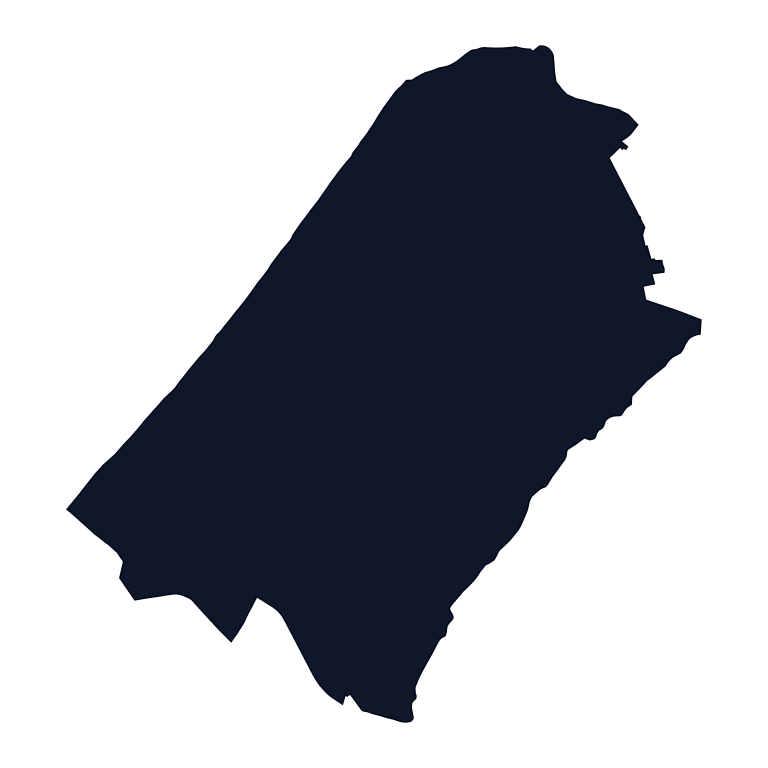 the district of Deir Al Balah, Gaza Strip, Palestine
{"feature_id": "87354302B22339434669936", "entity_name": "Deir Al Balah", "entity_type": "district", "adm_level": 2, "iso_a3": "PSE", "parent_name": "Palestine", "parent_adm1": "Gaza Strip", "projection": "equal_earth", "projection_center": [34.378, 31.42], "detail": "fine", "context": "isolated", "style": "filled", "palette": "ink", "viewbox_px": 768, "rotation_deg": 0, "n_neighbors": 0, "source": "geoboundaries", "source_scale": "gbopen_adm2", "svg_char_len": 6005}
<svg xmlns="http://www.w3.org/2000/svg" viewBox="0 0 768 768"><path d="M406.3,80.6L405.1,82.1L401.5,86.2L398.6,88.7L395.5,92.0L393.0,95.3L389.3,100.5L384.3,107.2L378.0,116.9L373.8,124.0L367.6,133.2L364.5,137.4L361.0,141.9L358.6,145.9L355.1,150.3L353.0,153.2L351.7,156.5L347.0,161.9L340.8,169.4L331.3,182.2L318.9,200.1L311.0,210.3L305.7,217.5L301.1,223.4L293.0,235.2L291.5,239.0L287.8,243.6L281.5,251.0L275.8,258.7L271.2,264.9L268.5,269.5L263.2,276.6L258.2,282.8L253.1,289.9L248.9,295.9L244.2,302.1L239.8,307.5L238.8,308.9L238.2,309.4L237.4,310.4L230.4,319.3L223.7,327.6L220.3,332.0L217.4,334.7L215.8,336.8L213.9,340.5L211.9,343.2L206.1,350.5L204.8,352.0L199.9,357.2L189.7,369.4L184.6,376.0L183.9,376.8L179.7,382.0L175.4,388.1L171.4,392.2L167.6,395.7L163.9,399.2L160.4,403.4L153.6,410.9L145.0,420.6L138.1,429.1L130.7,437.6L124.0,444.5L115.7,454.1L103.0,465.6L95.7,473.7L88.2,483.1L79.5,494.3L71.0,504.6L67.1,509.4L68.8,510.7L73.1,514.3L93.4,532.5L94.5,533.6L101.7,539.1L105.1,541.9L108.5,544.3L117.4,552.3L123.7,561.6L119.9,577.9L134.6,599.5L134.7,599.8L138.1,599.3L145.5,598.0L157.2,596.3L165.6,594.9L172.9,593.9L173.9,593.8L174.8,593.7L175.8,593.7L176.7,593.8L177.7,593.9L178.6,594.0L179.6,594.2L180.5,594.4L181.9,594.9L182.3,595.0L188.0,597.3L189.4,598.0L190.8,598.9L192.0,599.8L192.5,600.3L194.2,602.1L194.6,602.6L199.9,608.6L204.5,613.6L208.1,617.5L211.0,620.8L211.1,620.7L213.4,623.1L214.2,624.2L215.1,625.1L219.4,629.7L225.3,635.6L230.8,641.2L231.2,641.5L233.1,638.6L235.9,634.8L237.8,631.9L239.7,628.9L241.9,625.5L242.6,624.3L243.3,623.0L244.6,620.7L247.5,614.3L251.9,606.1L256.8,596.6L259.5,598.4L260.8,599.2L262.3,600.1L265.2,602.0L272.7,606.6L273.9,607.5L274.8,608.2L276.4,609.4L277.0,609.9L278.3,611.2L279.1,612.0L280.1,613.2L281.2,614.4L281.9,615.4L282.5,616.2L283.0,617.1L286.1,622.7L295.9,641.4L302.1,653.3L304.9,658.8L308.8,666.1L309.7,667.9L313.2,674.7L315.9,679.3L316.7,680.5L317.3,681.5L319.1,684.1L320.1,685.4L323.3,689.1L326.9,692.9L328.2,694.1L330.2,695.7L331.2,696.5L333.2,698.0L336.8,700.3L341.7,703.6L342.4,704.1L344.5,697.0L344.6,696.6L344.9,696.2L345.1,695.8L345.4,695.4L345.8,695.0L347.3,696.0L350.1,693.8L350.8,694.7L362.2,710.3L363.8,710.9L365.1,711.2L367.0,711.5L368.3,711.8L369.1,712.1L372.3,713.2L374.1,713.8L376.5,714.4L380.3,715.4L385.2,716.9L388.2,717.7L393.0,718.9L394.7,719.4L397.3,720.3L399.2,720.9L400.6,721.3L401.7,721.6L402.5,721.7L403.3,721.8L405.0,721.9L406.9,721.9L408.5,721.6L410.2,721.3L411.2,720.9L413.1,718.1L412.2,713.0L411.3,708.8L411.3,705.4L411.6,702.8L412.8,701.1L415.5,698.6L416.0,696.2L415.0,692.8L414.8,689.0L415.0,686.5L415.8,684.8L418.8,677.5L422.4,670.4L427.0,662.0L430.6,655.8L434.1,649.2L436.5,644.4L438.4,641.2L439.6,639.3L441.5,637.5L443.5,636.6L445.2,635.5L446.2,631.6L446.6,628.0L447.0,625.8L447.9,624.4L449.7,622.0L451.0,620.8L452.0,619.7L453.0,617.2L452.2,614.7L450.1,611.1L449.5,609.6L449.6,607.7L451.2,605.0L462.7,591.4L468.8,585.5L473.0,581.1L475.6,578.0L477.7,575.1L479.9,571.6L482.4,568.5L484.1,566.2L485.5,564.7L488.2,563.5L493.5,560.1L494.8,558.4L496.5,555.2L497.9,552.2L499.7,549.5L504.4,545.3L507.3,542.5L509.8,540.0L512.2,537.1L514.9,533.8L517.8,530.2L520.1,526.3L522.4,521.4L524.8,515.8L527.0,510.3L528.2,505.8L528.8,502.5L529.9,499.4L531.6,496.3L537.7,490.7L540.7,488.4L543.2,487.4L545.5,486.5L547.5,484.2L549.0,481.5L552.1,476.5L556.5,470.6L560.0,465.7L562.8,461.9L564.6,459.4L565.9,456.3L566.4,453.4L566.6,450.9L567.7,449.3L570.2,447.6L575.8,444.0L579.5,441.2L582.6,439.0L584.6,437.6L587.4,438.9L590.0,439.7L591.6,439.3L594.1,438.6L595.8,436.3L596.2,433.9L597.3,431.9L599.1,429.7L600.8,429.0L602.1,427.9L603.3,426.4L604.2,423.9L604.7,422.1L605.5,420.6L607.2,418.8L609.9,417.1L613.4,415.9L616.5,415.6L619.5,415.6L621.6,414.7L623.4,411.5L624.9,409.4L626.4,407.5L628.1,406.3L629.7,405.3L631.2,404.2L631.4,400.1L631.5,397.0L631.9,396.1L632.9,394.9L633.6,394.2L639.8,387.8L645.8,381.3L647.2,379.9L651.0,377.2L656.5,372.6L661.3,368.9L664.9,366.0L668.0,361.3L670.1,359.2L672.6,356.9L675.1,355.5L677.1,354.7L678.8,353.6L680.2,353.0L682.2,350.3L683.3,348.4L684.4,346.0L685.2,344.1L685.4,344.0L685.8,343.0L688.7,338.9L690.6,337.3L693.9,335.6L697.1,334.5L700.0,334.1L700.9,319.9L675.4,310.2L654.1,303.1L645.5,300.2L642.8,286.1L654.4,283.8L651.7,273.7L663.8,272.1L663.9,270.7L663.9,269.4L663.9,268.7L663.8,268.3L663.7,267.9L663.2,266.6L662.8,265.7L662.5,264.7L662.2,263.8L662.1,262.8L661.9,261.2L661.8,260.9L661.7,260.6L655.2,260.8L654.1,259.1L651.0,260.1L647.0,246.1L644.9,246.6L642.4,235.0L644.6,227.4L639.8,218.0L640.3,217.6L639.6,216.4L639.1,216.6L638.3,215.1L637.8,214.2L636.9,212.2L610.6,161.4L608.8,157.8L620.3,146.7L622.3,149.1L623.7,147.7L625.9,149.2L627.3,146.5L626.2,145.8L625.2,145.0L624.4,144.3L620.7,141.1L624.8,138.6L625.7,138.0L627.4,136.7L629.2,135.2L630.0,134.4L630.6,133.9L631.1,133.3L631.9,132.3L637.6,125.0L637.7,124.8L637.3,124.5L628.3,114.9L620.9,111.0L620.3,110.8L620.1,110.4L619.9,110.2L619.7,110.0L607.0,106.8L605.6,106.4L603.4,105.7L601.5,105.1L599.7,104.8L594.9,104.0L585.9,101.1L575.7,98.8L566.8,94.7L562.0,89.8L555.9,81.9L554.3,72.2L553.9,64.5L553.1,55.8L553.0,55.3L552.8,54.7L552.3,53.5L552.0,52.9L551.4,51.9L550.7,50.9L550.0,50.0L549.4,49.4L548.6,48.6L547.5,47.9L546.7,47.4L545.7,46.9L544.4,46.5L543.3,46.2L542.4,46.1L541.5,46.1L540.2,46.1L539.3,46.3L536.1,48.9L533.0,51.3L532.2,51.0L531.6,50.6L531.0,50.0L530.5,49.3L527.8,49.2L526.3,49.1L523.3,48.7L521.9,48.5L518.9,47.8L516.0,47.0L511.5,47.5L507.4,47.9L504.1,48.1L500.9,48.2L497.4,48.3L494.0,48.3L489.2,48.1L484.2,47.8L482.8,47.9L481.8,48.0L481.1,48.2L479.9,48.5L478.1,49.2L476.4,49.7L474.7,50.0L473.0,50.2L472.3,50.4L471.4,50.7L470.8,51.0L470.3,51.3L469.8,51.6L467.7,53.1L465.5,54.7L461.8,57.6L459.5,59.5L458.3,60.4L456.7,61.6L455.3,62.5L453.1,63.8L451.4,64.7L450.2,65.3L448.1,66.1L446.1,66.7L444.7,67.0L441.7,67.6L440.0,68.0L438.9,68.3L436.5,69.1L433.4,70.4L432.1,70.8L430.9,71.2L429.6,71.6L426.8,72.4L425.0,73.0L423.7,73.6L422.3,74.3L419.1,76.1L416.2,77.7L414.5,78.7L412.2,80.3L406.3,80.6Z" fill="#0f172a" stroke="#020617" stroke-width="1.5"/></svg>